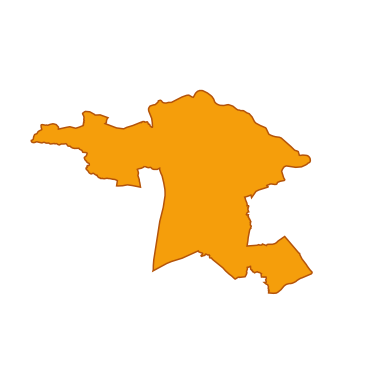 outline of Banjar, Kalimantan Selatan, Indonesia, rotated 243°
{"feature_id": "22746128B79736905882971", "entity_name": "Banjar", "entity_type": "district", "adm_level": 2, "iso_a3": "IDN", "parent_name": "Indonesia", "parent_adm1": "Kalimantan Selatan", "projection": "robinson", "projection_center": [114.894, -3.279], "detail": "fine", "context": "isolated", "style": "filled", "palette": "amber", "viewbox_px": 384, "rotation_deg": 243, "n_neighbors": 0, "source": "geoboundaries", "source_scale": "gbopen_adm2", "svg_char_len": 6020}
<svg xmlns="http://www.w3.org/2000/svg" viewBox="0 0 384 384"><g transform="rotate(243 192 192)"><path d="M311.0,71.6L310.9,71.9L309.5,71.9L308.9,72.1L308.3,72.7L307.8,73.5L307.5,74.5L307.4,76.0L307.1,76.7L304.2,80.1L303.8,80.8L303.7,82.2L303.1,83.2L302.0,84.0L301.4,84.9L300.7,86.6L299.6,87.1L299.3,86.7L299.5,87.1L299.0,87.8L297.8,91.2L297.7,91.2L297.1,91.8L296.7,93.1L296.5,93.4L295.2,94.1L294.2,95.1L294.1,97.4L293.0,99.5L292.3,101.6L291.2,102.1L289.6,102.2L289.0,102.7L288.0,104.3L286.8,104.6L285.4,105.6L284.1,107.2L282.3,111.1L281.2,111.2L279.0,112.8L277.2,112.7L276.9,112.8L275.3,115.4L274.5,116.1L273.9,116.1L272.3,114.4L271.7,111.9L271.3,111.5L269.6,111.3L268.7,111.4L267.4,111.9L266.7,111.8L265.1,112.5L264.7,113.0L263.9,113.3L262.7,112.8L262.5,112.5L262.5,111.6L262.9,111.2L263.0,110.7L262.3,109.9L261.7,109.9L261.4,109.3L261.4,108.4L260.1,108.1L258.4,108.8L255.7,109.1L254.3,109.9L253.8,110.5L253.6,112.4L253.0,112.9L251.2,113.8L250.9,114.2L250.3,114.4L249.9,115.1L249.0,114.9L248.4,115.0L247.0,115.6L246.3,116.5L245.7,116.5L245.1,117.5L244.9,118.3L244.5,118.5L243.6,120.0L242.8,122.6L242.1,123.4L241.1,125.1L239.4,127.1L238.1,129.1L236.0,130.7L231.7,127.6L230.9,129.0L229.1,133.0L227.7,137.7L224.9,141.7L219.7,148.3L224.1,149.7L225.6,150.0L226.9,150.6L231.3,151.3L233.2,152.9L235.3,153.4L237.0,153.5L236.9,155.1L236.2,157.5L236.1,159.6L236.4,160.7L235.5,162.3L234.5,163.0L233.5,164.1L232.8,166.2L232.4,166.5L230.6,167.1L229.5,168.2L227.9,171.3L227.9,174.0L226.4,173.3L223.0,172.8L220.0,172.7L213.0,171.0L206.5,169.0L203.4,167.6L200.9,166.3L191.2,159.3L180.5,150.0L148.7,127.0L144.1,124.2L140.3,122.2L139.4,121.4L139.8,137.2L139.4,142.1L137.5,153.2L136.7,170.8L136.1,170.7L135.6,170.9L134.3,172.0L132.9,173.4L132.5,173.6L131.8,173.0L131.3,171.2L130.8,171.1L130.3,171.3L130.1,173.1L129.7,174.7L130.4,175.6L130.4,176.2L128.7,177.5L128.1,178.7L127.2,178.8L126.8,178.4L125.9,178.0L125.2,178.0L124.3,179.4L123.3,179.5L121.9,180.0L110.4,185.1L106.5,186.1L101.8,187.9L99.2,189.2L95.1,190.7L94.8,191.0L95.1,194.4L94.8,195.3L94.5,195.3L94.3,195.7L92.4,200.8L92.7,201.4L93.1,201.7L93.7,202.9L94.3,203.2L94.4,203.6L95.2,204.2L95.6,204.2L95.7,204.4L96.5,204.5L98.2,206.4L99.8,207.0L99.5,208.2L99.2,208.4L99.4,210.1L99.2,210.4L96.6,209.2L95.3,209.9L95.2,209.6L94.0,210.0L93.5,209.9L93.4,210.3L91.6,211.0L91.4,213.8L91.2,214.1L90.5,214.4L89.5,215.7L87.6,216.8L87.1,216.1L84.7,215.3L83.4,218.0L83.3,217.8L82.5,219.4L81.5,219.1L80.7,218.5L80.3,217.7L78.6,217.6L77.9,217.1L78.6,215.3L76.1,216.4L75.1,217.3L73.7,217.2L72.8,217.1L72.3,216.6L71.7,216.5L71.6,216.2L71.1,216.0L70.2,216.1L70.1,215.9L69.6,215.7L69.0,215.8L69.1,215.3L68.8,215.3L67.3,214.4L64.8,218.5L63.7,221.1L63.7,222.9L64.6,227.0L66.4,231.2L66.8,233.2L66.8,234.6L66.3,236.9L65.7,238.2L65.3,239.5L65.1,241.3L65.1,243.9L65.5,245.3L65.8,248.4L65.8,249.9L65.6,250.7L64.9,261.1L65.4,262.2L66.1,262.6L69.4,261.7L73.7,261.0L75.4,260.9L82.4,259.6L86.9,259.6L88.4,260.0L89.0,259.5L90.6,259.1L110.3,254.4L109.3,246.7L108.5,244.1L108.4,242.3L108.9,239.9L110.9,236.0L111.1,235.1L110.5,234.0L113.7,231.1L113.1,230.2L113.9,228.3L114.8,227.6L115.0,225.8L118.9,216.5L123.1,219.6L125.9,221.4L131.8,226.0L132.5,226.7L133.0,228.0L133.3,227.9L133.6,228.1L134.4,229.1L135.1,229.3L135.7,229.0L136.3,229.0L136.7,229.4L137.5,229.8L138.4,230.0L138.7,230.3L138.7,230.9L141.8,231.0L141.9,230.8L142.1,230.9L143.6,230.9L144.4,231.1L144.5,230.8L145.8,231.4L145.8,231.6L146.1,231.9L146.9,230.2L147.3,230.2L148.6,231.9L148.7,232.5L148.6,232.8L149.0,233.3L148.8,233.6L151.0,233.8L152.0,234.6L152.5,234.5L153.1,235.8L154.1,236.1L154.8,234.8L155.6,235.4L157.4,235.9L160.4,236.1L162.5,236.6L163.5,236.6L162.9,239.6L162.6,243.1L159.9,242.5L163.5,249.3L163.5,252.3L161.9,261.9L162.2,262.2L162.7,262.0L163.2,261.6L163.9,261.6L163.8,263.2L163.6,263.8L163.7,264.8L163.2,266.3L161.2,269.1L160.6,270.4L160.6,271.0L160.8,271.5L161.5,272.2L161.7,272.8L161.5,275.5L160.4,279.3L160.5,279.8L160.8,280.2L161.2,280.3L162.3,280.1L163.5,280.2L169.9,281.3L171.5,283.4L172.4,285.1L172.6,286.0L172.4,287.9L166.9,295.6L164.7,301.0L164.5,305.3L164.6,307.1L165.0,308.2L165.0,310.3L165.9,311.5L166.7,311.9L168.2,312.4L169.7,312.4L171.8,311.6L172.8,310.4L174.6,307.5L175.5,305.0L176.0,304.3L179.7,305.0L180.4,304.6L182.7,302.4L187.5,300.8L199.6,296.0L201.1,294.7L203.3,291.5L204.9,289.7L207.0,287.8L208.7,286.7L215.2,286.9L216.1,286.5L220.4,282.9L224.3,280.2L226.3,279.6L231.6,279.6L235.8,278.5L237.5,276.9L241.1,274.8L242.5,272.2L243.3,271.6L244.3,270.1L245.6,269.3L249.7,267.5L250.8,266.6L253.3,264.1L253.8,262.8L254.3,260.7L254.8,259.3L256.6,256.2L258.5,254.5L260.6,253.4L262.2,253.1L264.9,253.5L267.9,253.1L269.5,252.5L273.2,250.7L277.0,247.9L277.7,247.2L278.9,245.0L279.2,242.6L278.4,240.0L275.9,236.4L275.8,236.0L276.9,235.0L279.7,233.2L280.1,232.4L280.6,230.9L281.2,226.2L281.2,214.3L282.5,211.7L283.0,209.3L283.7,208.1L284.5,207.1L285.3,206.5L287.2,206.1L287.9,205.7L288.2,205.3L288.5,203.4L287.8,202.9L287.4,202.0L286.6,199.1L286.6,198.6L287.1,197.2L287.6,193.8L287.5,193.3L286.5,191.7L285.8,191.0L284.7,190.5L283.6,190.2L275.9,189.5L271.8,188.1L268.2,186.5L267.7,186.1L268.0,185.4L270.0,184.7L270.9,184.9L271.7,184.8L272.2,184.0L274.2,184.2L274.9,183.9L275.5,181.9L275.8,181.6L276.2,181.6L276.6,181.2L277.1,180.2L276.9,178.4L277.3,178.5L278.1,169.4L279.2,163.2L279.3,159.8L283.3,153.9L292.4,145.6L292.6,146.8L292.9,147.3L294.4,148.2L295.8,149.7L296.3,150.9L302.4,145.2L304.5,140.6L305.3,140.4L309.9,137.3L312.2,133.6L312.2,132.2L311.9,131.6L311.9,130.7L311.7,130.2L311.2,130.0L308.9,130.0L307.6,129.7L305.5,128.4L304.7,128.5L304.3,127.7L303.3,127.6L303.2,127.0L302.7,126.9L302.3,126.3L301.6,126.1L301.2,125.4L300.6,125.3L301.0,120.9L301.6,117.3L305.6,112.8L306.5,109.9L308.7,101.5L310.4,102.5L313.7,101.6L315.4,99.8L316.0,98.8L316.7,96.1L316.9,93.8L317.7,92.9L317.9,92.0L320.1,89.1L320.2,88.6L320.3,88.3L320.0,87.8L318.1,87.0L316.0,86.6L315.8,86.3L315.8,83.2L315.6,82.2L314.4,80.3L314.6,78.5L314.6,77.8L313.2,76.1L311.0,74.4L310.8,73.2L311.0,71.6Z" fill="#f59e0b" stroke="#b45309" stroke-width="1.5"/></g></svg>